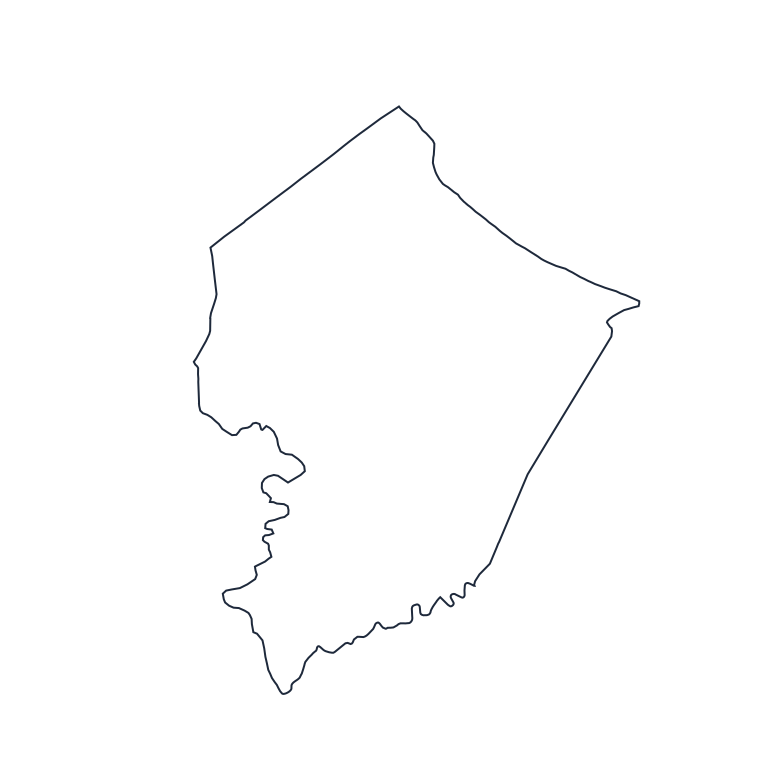 La Libertad, Santa Elena, Ecuador (orthographic projection), rotated 56°
{"feature_id": "8360857B88993978002865", "entity_name": "La Libertad", "entity_type": "district", "adm_level": 2, "iso_a3": "ECU", "parent_name": "Ecuador", "parent_adm1": "Santa Elena", "projection": "orthographic", "projection_center": [-80.886, -2.24], "detail": "fine", "context": "isolated", "style": "outline", "palette": "slate", "viewbox_px": 768, "rotation_deg": 56, "n_neighbors": 0, "source": "geoboundaries", "source_scale": "gbopen_adm2", "svg_char_len": 5289}
<svg xmlns="http://www.w3.org/2000/svg" viewBox="0 0 768 768"><g transform="rotate(56 384 384)"><path d="M586.0,635.2L585.8,633.2L585.4,632.0L584.9,631.2L583.1,629.9L582.0,629.1L581.2,627.7L580.8,626.0L580.7,623.9L580.7,621.0L580.6,619.8L580.3,618.1L578.5,615.0L578.4,614.7L578.1,614.1L576.6,612.2L575.2,610.4L572.2,606.8L571.9,606.6L570.4,604.6L568.8,599.7L568.2,596.4L568.1,595.7L567.5,593.4L567.2,590.8L567.2,590.0L567.1,589.4L566.6,588.5L565.1,586.9L564.8,586.4L564.7,586.0L564.6,585.5L564.7,585.1L565.0,584.6L565.6,584.3L566.6,583.9L570.6,582.9L571.8,582.4L572.7,581.9L573.5,581.3L575.7,579.5L577.6,577.5L578.5,576.2L578.6,574.5L577.8,565.5L577.4,561.0L578.3,558.9L580.9,557.1L581.2,555.8L580.8,554.5L579.0,551.8L578.7,547.4L579.9,545.7L581.5,543.6L582.3,542.6L582.7,540.9L582.8,539.1L582.5,536.7L581.0,529.9L579.9,528.0L578.4,525.7L578.0,524.8L578.0,524.0L578.1,522.9L578.7,522.0L580.0,521.6L580.9,521.5L583.4,521.4L585.4,521.1L587.2,519.9L587.7,519.6L588.1,518.8L588.1,517.4L589.8,514.7L591.0,512.5L591.1,512.2L591.3,509.7L591.4,508.1L591.3,507.5L591.2,506.2L591.4,505.2L591.7,504.0L592.7,502.6L594.5,500.0L595.6,498.0L596.2,497.0L596.4,496.2L596.3,494.9L596.0,493.9L595.2,492.5L593.9,491.4L592.5,490.6L585.7,486.5L585.0,485.7L584.5,485.1L584.2,484.3L584.2,483.3L584.3,482.7L584.7,481.3L585.0,480.3L585.6,479.4L586.1,479.1L586.9,478.8L587.9,478.7L588.8,479.0L593.9,481.8L595.3,482.1L596.6,481.6L597.7,480.7L599.3,478.3L599.7,477.5L600.2,475.8L600.1,474.8L599.5,473.4L598.1,471.9L597.2,470.4L596.1,468.3L595.3,466.4L594.0,462.9L593.3,461.2L592.5,458.4L592.2,456.6L602.7,454.5L604.0,454.0L604.9,453.6L605.3,453.4L605.5,453.2L605.8,452.7L605.9,452.3L606.0,451.7L605.9,450.8L605.8,450.2L605.6,449.8L605.2,449.2L604.8,448.9L604.1,448.6L599.3,448.2L598.3,448.0L597.6,447.7L596.9,447.0L596.6,446.6L596.5,446.1L596.4,445.4L596.5,444.8L596.8,444.0L597.2,443.3L597.8,442.7L598.8,442.2L604.2,439.1L604.7,438.7L605.0,438.4L605.2,438.0L605.2,437.6L605.2,436.8L604.8,436.0L604.5,435.6L604.1,435.2L600.1,432.7L596.2,429.6L595.8,429.1L595.4,428.6L595.3,428.3L595.2,427.8L595.3,426.9L595.7,426.0L596.0,425.6L597.5,424.5L599.6,423.3L601.1,422.5L601.5,422.3L601.9,421.8L600.9,421.6L598.4,418.7L595.2,411.3L592.2,396.7L582.4,381.8L580.2,378.6L579.3,376.9L539.2,315.4L522.6,279.6L471.8,169.0L467.7,165.4L465.0,164.1L463.1,164.7L460.0,164.8L457.6,164.7L456.7,163.5L456.1,160.4L455.9,156.7L456.1,153.9L456.4,149.8L457.0,143.6L458.4,139.5L460.0,134.3L461.8,129.4L460.0,127.4L458.1,126.1L445.5,133.9L441.2,137.2L437.0,139.6L431.8,143.8L427.6,147.1L424.3,149.4L421.0,151.8L419.1,153.2L416.7,154.6L414.4,156.0L412.9,157.0L408.7,159.3L404.9,161.6L396.9,165.4L393.6,167.3L389.9,169.1L387.0,171.5L382.3,175.3L374.3,180.4L371.0,182.3L368.2,183.7L364.4,185.1L356.9,188.4L353.6,189.8L350.3,191.2L347.0,193.0L344.2,194.4L341.3,195.9L333.8,198.2L329.6,199.6L324.9,201.4L321.6,202.4L315.9,203.8L311.2,205.6L308.4,206.6L304.6,207.5L297.6,209.8L292.4,211.7L288.6,212.6L285.3,213.5L282.5,214.5L277.3,215.9L272.2,216.8L268.4,216.8L264.2,218.6L256.6,220.9L253.4,222.4L251.0,223.3L245.4,223.7L239.7,223.2L236.9,222.7L232.2,221.3L228.0,219.8L223.8,216.5L221.9,214.6L216.3,210.3L213.0,207.9L209.7,207.4L203.2,208.3L199.9,208.8L195.2,210.2L190.0,210.2L185.8,210.1L183.0,210.6L180.6,211.5L176.4,212.9L172.1,214.3L168.8,215.3L165.1,216.2L162.3,216.4L162.3,216.6L162.0,238.1L162.7,255.2L163.0,264.8L163.6,276.6L164.2,284.5L165.3,297.6L166.3,314.6L167.4,338.4L168.3,350.7L169.2,369.5L170.3,390.2L171.1,407.4L171.7,409.7L172.5,434.1L173.9,451.6L181.9,454.9L188.3,458.3L202.7,465.8L215.9,472.6L218.8,475.4L222.5,480.0L228.5,487.8L232.7,491.8L232.1,491.0L242.7,498.4L244.9,500.9L248.9,507.6L257.8,525.4L259.3,529.3L262.3,529.6L265.0,529.0L266.9,529.2L268.6,530.4L271.9,532.7L275.9,535.0L278.4,536.8L292.4,545.5L296.4,548.0L296.5,548.2L296.9,548.4L298.9,549.5L303.3,551.2L306.9,550.5L310.8,547.7L315.0,545.8L320.5,544.5L324.8,543.3L330.8,543.2L335.8,541.1L341.4,538.6L343.6,534.8L342.7,531.8L342.7,531.6L341.5,528.6L341.7,526.2L342.9,523.7L344.0,521.4L344.4,518.3L343.4,514.7L344.6,511.8L347.6,509.6L353.0,511.2L354.0,510.6L354.1,510.4L353.0,505.1L356.7,503.2L362.0,502.1L369.4,503.2L375.4,505.9L382.1,507.4L387.0,504.8L391.1,499.9L398.2,497.2L403.1,496.1L407.5,496.1L412.0,498.4L412.8,504.0L412.4,511.1L412.0,518.7L407.5,520.5L400.8,523.2L397.8,526.2L396.0,531.8L396.0,536.3L397.8,540.5L401.9,543.5L406.4,544.6L408.7,542.7L412.8,542.0L415.4,541.6L418.0,544.6L420.2,541.6L423.2,539.7L427.7,534.1L431.5,532.2L435.2,533.7L438.2,536.0L438.6,540.9L437.1,544.6L435.6,550.6L433.3,556.3L433.7,560.4L437.1,563.1L438.9,561.9L441.9,558.5L446.0,559.3L444.9,563.8L443.0,567.2L443.4,569.8L445.7,571.7L447.9,571.3L451.6,569.4L453.5,569.8L456.9,572.1L459.9,572.5L464.3,574.0L464.3,577.3L464.7,581.9L463.2,593.1L466.6,594.7L471.1,596.2L473.7,599.9L473.7,609.3L472.6,617.6L469.2,625.1L467.0,630.4L467.7,634.9L472.9,637.2L476.3,637.9L481.2,636.4L485.3,633.8L488.6,629.6L493.9,626.3L498.0,624.4L500.6,624.4L504.7,625.1L509.2,627.8L516.7,631.1L520.0,628.9L524.1,628.5L528.6,628.1L536.1,631.1L543.9,634.9L549.9,637.2L556.3,639.8L560.6,640.4L565.1,641.3L570.1,641.3L573.5,641.1L577.2,641.6L580.6,641.9L582.5,641.7L583.5,641.6L584.1,641.3L584.7,640.7L585.1,639.9L585.6,638.5L585.9,636.7L586.0,635.2Z" fill="none" stroke="#1e293b" stroke-width="2"/></g></svg>